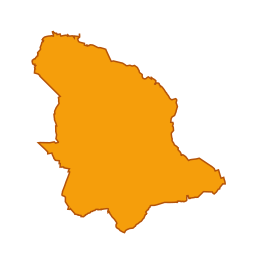 the district of Zináparo, Michoacán, Mexico, rotated 174°
{"feature_id": "50627088B92928656414913", "entity_name": "Zináparo", "entity_type": "district", "adm_level": 2, "iso_a3": "MEX", "parent_name": "Mexico", "parent_adm1": "Michoacán", "projection": "orthographic", "projection_center": [-102.009, 20.178], "detail": "fine", "context": "isolated", "style": "filled", "palette": "amber", "viewbox_px": 256, "rotation_deg": 174, "n_neighbors": 0, "source": "geoboundaries", "source_scale": "gbopen_adm2", "svg_char_len": 5774}
<svg xmlns="http://www.w3.org/2000/svg" viewBox="0 0 256 256"><g transform="rotate(174 128 128)"><path d="M218.8,122.7L212.8,115.7L210.4,112.7L210.5,110.7L206.3,111.1L206.0,109.3L205.0,106.4L204.9,106.3L204.8,106.1L204.9,105.4L204.1,104.4L203.7,103.5L203.0,103.3L199.7,102.6L200.2,99.8L199.1,99.7L199.6,96.2L198.9,96.3L198.6,96.1L197.4,96.1L196.6,95.9L196.1,95.9L195.8,95.5L195.8,95.1L193.9,94.5L190.5,93.5L191.6,91.8L192.1,90.7L190.7,90.5L190.8,89.7L193.0,85.2L195.1,81.2L197.0,77.1L199.8,71.6L199.9,70.9L200.6,69.0L200.5,67.8L198.5,66.8L197.5,65.7L198.0,61.2L195.7,56.7L195.2,56.1L196.3,53.5L194.2,53.1L193.7,53.8L189.8,48.3L189.9,47.9L186.8,47.0L186.8,46.6L183.9,45.9L184.0,44.8L181.4,44.4L181.1,44.7L180.3,45.2L179.5,45.6L179.4,46.1L178.5,46.3L177.7,46.6L176.6,47.4L175.7,47.4L174.2,47.9L173.9,48.6L173.4,48.8L171.9,48.8L171.3,49.4L169.5,49.5L169.2,49.9L168.9,50.1L168.8,50.3L168.0,50.4L166.3,50.2L166.3,49.8L165.3,49.8L163.2,49.6L163.2,50.0L161.9,49.9L160.0,50.0L157.2,50.0L156.1,49.7L156.1,49.0L156.2,48.2L156.3,47.4L156.8,47.4L156.7,45.9L155.5,46.7L154.7,44.2L154.0,43.1L153.2,41.4L151.0,38.6L150.0,36.7L149.9,36.5L149.3,35.5L149.1,34.1L149.7,33.6L150.0,32.9L150.2,31.6L150.1,30.7L149.5,29.8L148.7,29.1L147.9,28.7L147.2,27.8L146.6,26.9L145.8,26.3L143.9,25.0L142.4,24.3L141.8,25.2L141.3,26.0L140.7,26.5L139.4,27.1L136.8,27.9L136.4,27.9L134.1,27.9L133.6,27.9L133.0,28.2L131.4,29.5L131.2,29.6L130.9,29.6L130.7,29.9L130.5,30.4L130.3,30.7L129.9,31.0L129.6,31.1L129.3,31.4L128.2,31.8L127.8,32.0L127.5,32.3L126.8,32.7L125.6,33.5L124.7,33.8L123.6,34.8L123.2,35.4L122.6,36.0L121.7,36.6L120.6,38.7L120.3,39.0L119.9,39.9L119.4,40.2L118.9,40.3L118.3,41.1L119.1,42.4L119.1,42.6L117.1,44.5L116.2,44.7L116.0,45.7L115.6,46.2L114.5,46.9L114.3,47.3L114.2,48.0L113.3,48.6L110.1,48.3L109.0,48.4L107.4,48.6L99.4,50.2L94.3,49.6L91.5,49.4L89.4,49.2L89.0,49.3L88.6,49.3L87.5,49.0L86.8,48.9L86.2,49.5L86.4,49.9L85.8,50.1L83.1,49.6L82.9,49.2L81.0,49.4L80.8,49.0L79.5,48.9L77.5,49.6L77.1,50.1L77.0,50.8L76.9,52.3L76.5,54.5L75.4,54.5L74.7,51.5L73.9,51.5L74.0,51.8L69.4,51.9L68.6,52.2L67.4,51.9L66.5,51.9L65.8,51.8L59.6,56.8L50.9,55.6L50.3,54.3L49.2,53.4L46.8,55.1L44.6,57.7L43.2,57.9L42.9,59.2L39.5,62.6L38.5,62.3L37.8,62.4L37.2,62.3L37.2,63.8L37.3,65.0L37.6,66.2L37.8,67.4L38.0,68.9L40.7,68.3L41.3,71.1L42.1,75.5L42.4,76.9L45.8,76.2L46.5,78.6L48.3,80.5L60.3,90.5L63.2,90.1L68.1,90.0L69.7,89.9L70.5,89.5L71.2,89.4L73.8,93.7L74.5,94.1L75.6,95.3L76.1,95.3L77.0,95.8L77.6,95.2L77.9,95.3L78.1,95.8L78.0,96.7L78.3,98.0L78.9,99.2L79.7,100.1L80.0,100.6L80.5,101.2L80.1,103.0L80.5,103.2L81.4,104.5L83.3,106.1L83.6,106.2L83.9,107.2L84.1,108.1L85.0,109.6L85.5,111.0L85.3,111.8L85.2,112.8L85.5,114.1L85.6,117.3L85.3,118.6L83.0,120.7L82.9,123.6L82.9,124.3L83.3,124.7L83.6,125.3L82.9,126.6L82.7,127.1L82.6,127.7L82.8,128.8L84.9,129.2L84.1,132.8L83.2,134.1L83.0,134.4L80.4,135.6L78.6,139.0L78.1,140.6L77.6,141.7L77.5,142.1L76.6,144.1L76.8,145.1L77.1,146.5L77.5,147.9L77.5,148.2L77.3,148.8L77.1,149.2L76.7,150.3L76.6,150.8L76.7,151.1L77.0,151.7L77.6,152.2L81.3,151.5L82.0,151.8L82.6,152.2L83.0,152.7L83.6,153.5L83.9,154.5L84.6,156.1L85.6,157.5L85.9,158.5L86.2,159.0L86.5,159.1L88.2,162.6L89.3,164.4L90.4,165.9L91.4,165.8L91.3,166.3L91.5,166.9L92.3,167.7L92.3,168.2L92.5,169.0L93.2,169.5L94.2,169.7L95.2,169.8L96.2,168.7L96.6,168.7L96.8,168.9L96.4,169.5L95.6,170.2L95.4,172.2L96.3,173.1L97.3,174.0L98.4,174.6L99.2,175.7L99.5,175.9L99.8,174.4L102.4,176.7L103.3,176.4L104.1,175.9L105.1,175.2L106.4,175.1L107.0,175.4L107.7,175.8L108.0,176.1L108.5,177.7L108.3,179.4L108.5,179.9L110.5,181.7L110.8,182.3L111.0,182.8L110.9,183.5L111.2,184.3L111.8,185.8L112.0,186.0L112.3,187.1L115.0,189.5L117.1,189.2L118.0,189.4L119.5,190.2L122.2,190.0L123.3,190.2L123.8,190.7L124.5,191.4L126.3,192.8L126.5,193.0L135.5,196.2L137.7,196.0L138.9,199.4L141.5,207.1L141.9,208.6L143.8,209.5L145.9,210.3L146.8,210.7L147.8,210.9L148.9,210.9L150.0,211.4L153.0,213.4L154.4,214.2L156.8,214.7L157.3,214.6L158.3,213.9L159.2,214.4L160.1,214.7L160.0,213.9L162.7,215.0L162.5,216.7L167.4,218.5L167.8,219.0L168.2,219.4L168.5,220.4L168.7,221.8L167.5,222.9L167.1,223.1L168.6,224.4L171.8,225.1L172.0,223.3L173.3,225.4L174.2,225.5L176.8,225.5L177.0,225.7L177.3,225.9L177.5,226.4L178.0,226.7L178.1,226.8L178.2,225.9L178.4,225.6L178.8,225.9L178.9,226.0L178.9,226.6L180.1,226.8L182.3,226.7L185.0,226.4L185.0,226.6L185.4,227.3L185.7,228.6L188.8,228.3L189.0,229.5L189.5,229.8L190.5,229.7L191.4,230.7L192.2,230.9L192.3,231.7L193.1,231.6L193.1,231.3L192.5,228.7L192.6,227.2L193.3,227.3L193.6,227.4L193.8,227.6L194.6,227.8L195.3,227.6L196.3,227.7L197.5,227.7L199.6,227.5L201.6,227.1L203.4,225.8L203.6,225.3L204.0,224.9L203.5,224.8L203.6,224.0L202.9,223.8L203.0,223.5L203.3,222.8L203.7,222.6L204.2,222.6L204.5,222.4L204.8,221.9L205.6,219.7L206.2,218.7L206.9,217.3L206.8,216.6L206.7,215.6L207.3,214.8L210.0,212.4L210.0,211.6L209.9,211.6L209.6,211.4L209.6,211.2L210.0,211.1L210.2,209.2L210.5,209.2L211.0,209.0L211.3,208.5L211.3,208.4L212.2,207.9L212.4,207.6L212.7,207.3L213.0,206.6L213.4,206.5L213.8,206.6L214.7,206.2L215.7,205.5L216.0,205.4L216.2,204.8L216.4,204.5L216.2,204.1L216.3,202.8L215.8,201.4L214.0,201.1L214.5,199.9L213.3,199.7L214.6,197.8L214.1,196.6L214.5,196.6L215.3,192.5L212.6,191.5L211.8,191.1L210.2,189.5L210.2,189.3L210.2,188.7L197.4,173.0L192.1,166.5L194.0,165.7L193.9,163.0L194.2,162.1L194.0,159.6L197.3,155.7L199.2,152.3L199.3,149.8L200.1,149.9L200.2,150.1L200.2,148.4L200.2,146.1L200.1,145.0L200.2,144.7L200.2,143.7L199.2,140.2L198.7,137.5L199.7,137.6L200.0,133.7L200.2,132.1L199.7,128.7L200.5,125.8L200.8,124.8L199.6,122.9L199.0,121.7L198.7,121.5L198.8,121.0L201.6,120.5L202.8,121.9L207.3,121.5L216.9,122.7L218.8,122.7ZM167.1,223.1L166.5,224.1L166.4,226.3L166.5,226.3L167.1,223.1Z" fill="#f59e0b" stroke="#b45309" stroke-width="1.5"/></g></svg>